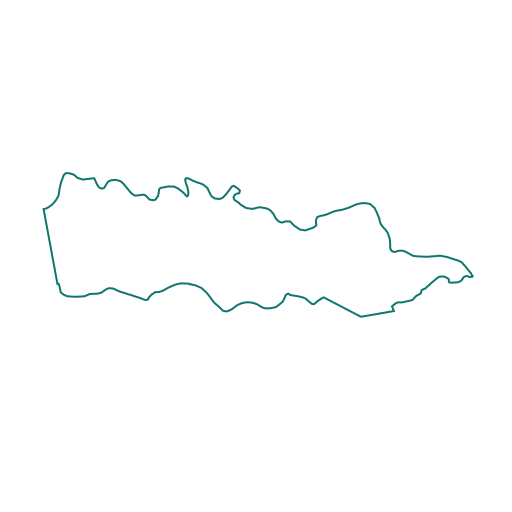 Macdomel, Laborie, Saint Lucia (Albers equal-area conic projection), rotated 279°
{"feature_id": "8701671B98275971460966", "entity_name": "Macdomel", "entity_type": "district", "adm_level": 2, "iso_a3": "LCA", "parent_name": "Saint Lucia", "parent_adm1": "Laborie", "projection": "albers", "projection_center": [-60.984, 13.774], "detail": "fine", "context": "isolated", "style": "outline", "palette": "teal", "viewbox_px": 512, "rotation_deg": 279, "n_neighbors": 0, "source": "geoboundaries", "source_scale": "gbopen_adm2", "svg_char_len": 6091}
<svg xmlns="http://www.w3.org/2000/svg" viewBox="0 0 512 512"><g transform="rotate(279 256 256)"><path d="M291.3,290.3L292.1,288.7L295.5,284.3L294.8,279.7L293.0,276.3L293.1,275.8L293.7,273.0L295.8,270.1L296.3,269.6L297.5,268.7L297.8,268.5L298.0,268.4L300.2,266.7L301.1,265.6L301.6,265.1L302.3,264.3L303.7,262.3L303.9,261.4L304.2,260.3L304.7,258.8L304.7,256.6L304.8,254.0L304.7,253.0L304.7,252.3L304.6,252.1L304.6,251.6L304.4,250.8L302.9,247.5L302.1,245.4L301.9,243.5L301.9,239.6L302.0,238.2L302.9,236.2L303.7,234.4L304.0,233.6L304.4,232.6L306.1,230.3L306.3,229.9L306.9,228.3L308.1,225.9L308.7,225.4L310.0,224.8L310.5,224.7L310.9,224.7L311.2,224.7L312.8,225.4L313.3,225.7L314.5,227.3L314.8,227.9L314.9,228.4L315.2,228.9L315.5,229.6L318.0,229.9L319.3,228.3L320.8,225.5L320.9,225.3L321.1,224.9L321.5,223.7L321.8,223.0L321.7,222.8L321.5,222.2L321.3,221.9L321.0,221.5L320.3,221.1L319.9,220.7L318.8,220.3L318.1,219.9L315.8,218.7L313.9,217.6L312.8,217.1L308.7,214.3L308.4,214.0L307.2,212.3L306.8,211.6L306.7,211.3L306.5,209.3L306.4,207.4L306.4,206.0L307.9,203.1L308.8,202.1L310.8,200.6L311.0,200.6L311.5,200.1L312.8,199.1L313.4,198.8L314.4,198.2L314.7,198.0L315.5,197.4L316.1,196.4L316.7,195.6L317.6,193.8L317.9,193.2L318.4,192.3L318.5,191.6L318.7,191.1L319.2,188.6L319.3,187.4L319.6,186.0L320.5,181.8L321.0,180.4L321.2,179.9L321.6,178.5L322.1,176.6L322.0,175.3L321.4,174.3L320.4,174.1L319.6,174.4L317.6,175.0L316.6,175.6L316.0,175.8L313.7,177.2L313.3,177.4L309.9,178.7L308.5,179.2L307.1,179.3L305.2,179.4L304.8,179.2L304.3,178.9L304.1,178.5L304.1,178.2L307.2,174.4L310.5,168.4L311.2,165.9L311.8,164.0L311.3,161.5L311.1,159.1L310.6,157.5L308.5,151.5L307.5,150.3L306.9,150.0L306.1,150.0L304.9,150.0L303.4,150.0L300.0,149.9L296.3,148.1L296.0,147.8L295.4,147.0L295.1,146.2L295.0,145.7L295.1,142.1L298.2,137.9L298.4,137.4L298.8,136.5L299.0,135.7L298.4,133.0L298.1,132.2L297.0,128.5L296.8,127.2L297.0,126.1L298.5,123.0L299.0,122.4L306.9,113.4L307.7,112.0L308.3,111.3L308.6,110.4L308.7,110.2L309.1,107.6L309.1,106.7L309.3,105.3L307.8,100.3L307.2,99.7L306.7,98.9L306.2,98.4L305.6,97.9L303.5,97.0L303.2,96.9L299.4,95.3L298.6,93.4L298.5,93.0L298.6,92.2L299.0,90.7L299.2,90.3L301.5,88.0L307.5,84.0L304.4,72.9L305.1,68.3L305.4,67.3L306.1,66.0L307.6,64.0L307.7,63.2L308.0,62.5L308.4,60.0L308.4,57.2L308.1,55.9L308.1,55.3L307.2,54.6L306.3,53.8L305.7,53.4L304.4,53.2L302.5,52.8L297.9,51.9L292.3,51.5L291.6,51.5L290.8,51.4L290.0,51.5L285.3,51.5L284.6,51.4L282.4,50.7L281.5,50.4L281.1,50.2L279.3,49.4L275.7,47.2L275.2,46.9L272.2,43.9L271.7,43.5L270.4,41.7L269.4,39.9L269.1,38.9L197.5,64.2L197.9,64.6L197.5,65.5L195.5,66.6L194.7,66.9L191.5,68.1L189.5,68.9L188.5,70.5L187.7,72.1L186.7,75.8L187.2,81.8L187.7,85.2L189.1,91.8L190.0,94.0L192.4,97.7L193.1,100.7L194.0,105.4L195.5,108.7L196.6,110.1L199.2,112.6L201.0,115.3L201.3,116.7L201.5,119.8L201.0,122.0L199.9,125.3L199.3,128.9L198.9,132.1L198.3,135.3L197.8,139.4L197.1,143.3L196.4,148.2L196.1,149.4L195.6,151.2L195.4,152.5L195.3,153.9L195.7,154.8L196.1,156.2L196.7,156.3L198.0,156.5L199.3,157.4L201.6,158.9L202.5,160.1L204.6,162.2L204.7,163.3L205.3,165.9L205.7,166.6L206.8,168.8L207.6,170.0L210.8,174.1L211.2,174.7L212.5,176.7L215.1,180.7L215.9,182.7L216.8,184.8L217.4,187.4L217.8,190.6L218.1,193.5L218.0,195.6L217.7,195.6L217.8,196.6L217.8,197.0L217.4,201.5L215.8,207.3L213.2,211.2L211.7,213.4L209.0,216.3L206.0,219.2L203.1,222.4L199.5,228.3L196.8,231.7L196.6,234.4L196.7,235.9L198.2,238.5L200.3,241.2L203.1,243.7L204.3,244.9L206.5,248.2L207.8,250.8L208.8,254.0L209.2,256.8L209.2,260.9L208.4,265.0L207.0,268.2L205.9,271.4L205.8,273.6L206.3,276.9L207.0,279.3L208.5,283.4L210.6,285.6L215.1,289.6L217.2,290.2L219.8,291.0L222.1,291.5L223.8,293.4L223.9,293.8L222.9,295.6L222.8,298.1L222.8,300.0L222.8,303.7L222.5,308.1L222.4,308.7L222.3,309.4L221.6,311.9L220.4,313.7L219.6,314.9L218.3,317.2L217.3,319.0L217.6,320.9L219.7,322.8L220.8,323.6L222.9,325.9L223.6,326.5L224.2,327.4L225.0,328.3L225.7,329.4L212.4,369.1L223.2,400.8L227.6,398.2L229.4,399.8L231.4,401.8L232.5,403.7L233.0,407.6L235.2,413.0L236.4,416.1L237.0,417.3L238.0,418.2L240.0,419.3L241.6,420.5L243.0,422.3L244.6,424.4L244.8,424.6L248.0,424.9L248.9,425.9L249.9,427.3L250.3,428.3L253.1,430.3L254.1,431.4L256.5,433.1L258.6,435.0L261.5,437.4L263.7,439.7L264.3,440.7L264.8,442.4L265.1,445.1L264.3,448.0L263.4,449.8L262.8,450.2L261.3,450.4L260.3,450.9L260.1,452.3L260.9,456.4L261.5,458.9L262.2,460.6L263.8,462.6L265.6,463.6L267.3,464.2L268.7,465.9L269.2,467.1L269.2,468.3L268.7,469.4L268.7,470.6L269.4,473.0L270.1,473.1L270.3,472.8L270.6,472.4L272.5,471.1L273.5,469.9L273.9,469.5L274.1,469.3L274.4,468.9L276.0,467.2L278.1,464.9L280.1,462.4L280.5,461.9L282.0,460.1L283.0,456.9L284.4,448.0L284.6,446.9L284.6,446.6L284.7,446.3L284.9,444.4L285.1,438.4L284.9,437.6L284.9,436.6L284.6,435.8L284.5,435.5L282.2,426.0L282.0,424.9L281.2,418.6L280.8,414.0L280.8,413.2L280.7,411.5L281.2,409.7L282.8,405.5L283.0,404.7L283.4,403.5L283.6,403.0L284.0,401.5L284.0,400.8L284.1,400.1L284.1,399.1L283.8,397.8L283.7,396.7L281.8,392.6L281.7,391.8L281.7,391.2L281.9,390.0L282.6,388.7L284.5,387.5L285.4,387.2L286.8,387.0L289.1,386.6L290.3,386.3L290.9,386.2L294.3,385.3L294.5,385.0L296.6,383.9L297.2,383.7L297.8,383.4L298.9,382.7L299.8,382.2L300.0,382.0L300.1,381.9L301.2,380.7L302.3,379.7L302.9,379.0L303.4,378.2L303.6,377.8L305.6,375.7L306.0,375.4L306.4,374.9L306.6,374.6L308.0,373.7L309.4,373.1L309.8,372.8L310.5,372.5L311.2,372.3L312.0,372.0L313.2,371.4L313.4,371.2L313.9,371.0L316.6,369.2L317.3,369.0L318.4,368.1L321.9,365.7L322.2,365.2L322.4,365.1L322.9,364.1L324.4,361.8L325.2,360.6L325.3,358.6L325.3,356.3L325.2,355.2L325.2,354.8L324.9,353.5L324.9,353.0L324.8,352.7L324.7,352.2L323.8,349.7L323.1,348.0L322.1,346.2L321.8,345.7L320.9,344.1L320.3,343.4L319.8,342.5L318.2,340.0L315.3,334.2L313.6,329.4L313.3,328.5L313.0,327.8L312.4,326.3L307.6,318.4L307.0,317.1L306.7,316.4L305.8,313.7L304.5,311.2L304.4,311.0L304.0,310.4L303.0,310.1L301.3,309.8L301.1,309.8L300.2,309.7L297.5,310.2L297.1,310.6L296.4,310.7L295.2,310.5L293.0,308.2L289.0,300.7L289.0,295.3L289.9,293.4L291.3,290.3Z" fill="none" stroke="#0f766e" stroke-width="2"/></g></svg>